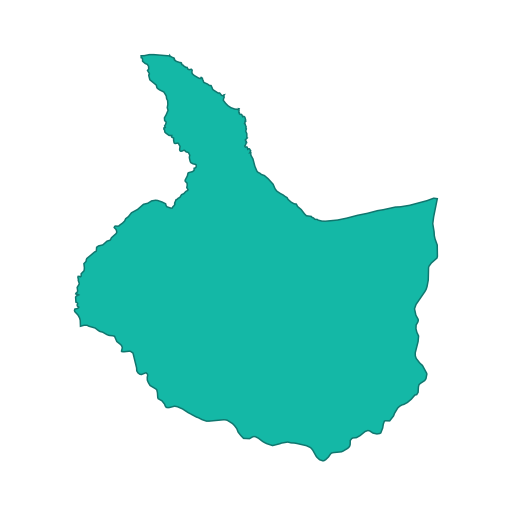 the district of Atabae, Bobonaro, East Timor, rotated 85°
{"feature_id": "22284137B39370724774054", "entity_name": "Atabae", "entity_type": "district", "adm_level": 2, "iso_a3": "TLS", "parent_name": "East Timor", "parent_adm1": "Bobonaro", "projection": "orthographic", "projection_center": [125.062, -8.829], "detail": "fine", "context": "isolated", "style": "filled", "palette": "teal", "viewbox_px": 512, "rotation_deg": 85, "n_neighbors": 0, "source": "geoboundaries", "source_scale": "gbopen_adm2", "svg_char_len": 6060}
<svg xmlns="http://www.w3.org/2000/svg" viewBox="0 0 512 512"><g transform="rotate(85 256 256)"><path d="M408.1,108.0L405.9,106.4L400.5,105.6L398.3,104.8L397.2,103.3L394.8,98.8L393.1,97.4L388.6,96.1L387.7,96.2L379.6,99.7L376.9,102.2L372.1,105.3L369.4,106.0L366.3,105.8L355.4,102.0L349.9,101.0L346.1,102.4L342.4,103.0L338.7,102.5L335.8,100.5L334.5,100.0L333.2,100.0L328.9,101.9L322.4,102.7L318.2,100.8L306.2,90.9L304.0,89.4L301.4,88.3L295.0,86.5L282.5,85.1L281.3,84.6L278.3,82.0L273.8,75.9L272.1,75.3L260.9,74.5L254.4,76.2L251.3,76.6L247.4,76.5L239.2,77.1L232.4,75.6L214.7,70.4L213.9,73.9L215.8,80.9L218.9,98.6L219.6,107.9L219.4,112.9L221.0,125.3L221.4,130.9L223.2,141.3L224.3,151.2L226.2,162.3L227.3,171.6L227.4,183.8L227.0,187.2L225.7,191.0L224.9,191.9L224.6,194.2L223.2,195.3L222.1,197.2L221.4,197.5L220.3,202.3L218.3,204.0L213.7,206.9L210.3,210.3L207.8,211.3L207.3,213.5L205.5,216.2L202.5,219.1L200.5,220.0L199.2,221.9L197.6,223.6L195.8,226.4L193.2,229.6L190.6,231.2L186.0,232.7L180.2,237.1L176.6,240.6L175.2,243.6L173.9,244.9L172.9,246.6L171.8,247.6L166.6,249.3L159.0,250.6L155.2,252.3L153.0,252.3L152.8,253.0L152.5,252.4L152.1,252.9L150.8,252.1L148.7,253.2L148.5,254.0L149.0,254.9L146.8,255.3L146.5,256.0L146.6,257.1L145.6,257.6L145.1,257.5L144.7,256.9L142.7,256.0L142.4,255.5L141.9,256.0L140.9,255.6L140.5,256.2L139.4,256.5L137.6,254.4L137.3,254.8L133.3,254.5L130.7,255.4L128.5,254.5L127.8,254.9L126.3,254.6L124.9,255.1L123.5,255.3L123.1,255.9L121.7,255.3L121.0,254.5L120.6,254.5L120.5,255.0L119.4,254.5L116.8,255.0L116.1,255.6L115.8,256.2L116.1,257.1L113.9,257.9L113.6,258.3L113.5,259.5L112.9,260.1L111.9,260.1L111.8,260.5L111.4,260.6L109.5,260.2L108.4,260.3L107.9,260.0L107.7,260.7L108.1,260.7L108.5,261.4L108.0,262.8L107.9,264.1L106.1,268.0L103.9,270.8L101.1,273.1L98.1,275.0L96.1,274.5L95.5,274.0L93.1,273.9L92.7,273.6L92.8,274.2L93.5,274.9L93.0,276.3L90.7,277.8L90.3,278.5L90.5,279.0L90.1,279.9L86.8,284.1L86.1,284.7L85.1,284.9L82.3,285.9L82.0,287.6L80.5,289.3L78.5,292.9L76.2,293.5L75.7,293.9L74.3,293.9L74.0,294.7L73.5,294.7L73.3,295.1L74.0,295.6L74.3,296.2L73.8,297.6L70.7,301.9L69.1,303.4L68.2,303.8L66.3,303.7L65.4,303.4L64.8,303.7L64.3,304.2L64.6,306.2L64.0,307.5L62.1,308.2L61.9,309.9L61.2,310.2L60.4,311.5L59.7,311.8L58.8,313.3L57.6,313.3L56.9,313.7L56.7,314.1L56.9,314.4L55.0,318.7L54.2,319.2L53.7,320.0L51.9,320.2L51.8,320.4L52.2,320.5L51.5,320.7L50.5,322.7L49.5,323.9L49.6,324.4L48.6,324.6L49.1,325.0L46.5,340.1L46.1,344.8L46.7,349.9L46.5,353.0L48.5,353.1L48.9,352.2L49.6,351.9L52.1,352.0L54.5,349.7L55.7,347.5L57.7,346.5L60.4,346.6L61.7,347.9L65.1,346.3L65.6,346.4L66.0,346.9L66.8,347.1L71.2,346.4L77.1,340.4L79.5,340.1L80.4,339.6L82.1,337.6L84.6,333.5L88.6,331.5L91.6,331.3L93.4,330.5L97.3,330.6L100.5,331.5L103.2,330.9L107.5,333.2L110.4,335.2L113.2,335.2L114.4,334.0L115.1,333.9L116.9,334.5L118.4,335.7L120.1,335.2L120.4,336.6L121.6,336.7L122.6,336.1L124.6,336.0L125.9,334.9L128.3,332.1L128.6,329.4L129.8,329.8L130.4,329.4L131.3,327.8L133.6,328.0L136.2,327.7L136.9,326.8L136.7,324.0L137.3,323.4L140.2,322.1L143.1,322.8L144.4,322.6L145.0,322.0L145.1,320.7L144.5,319.1L144.5,318.0L146.2,316.5L146.8,314.8L147.3,314.2L149.8,313.2L151.8,313.8L153.5,313.7L156.1,313.3L157.3,312.8L158.7,310.7L159.4,308.4L159.9,307.7L161.5,307.7L162.4,308.1L162.9,308.6L163.2,310.0L165.3,310.2L166.4,311.9L167.1,315.8L167.5,316.5L170.2,317.4L174.3,320.0L175.4,320.0L177.5,318.3L179.8,318.4L181.8,319.0L184.1,317.9L184.8,318.5L185.6,320.3L187.6,322.5L188.4,324.8L190.9,326.7L191.8,328.7L192.6,329.4L192.9,330.7L196.3,332.5L197.1,332.2L198.7,333.2L199.5,334.3L201.0,335.4L200.9,336.6L199.2,340.5L197.9,341.2L196.1,341.5L194.0,344.9L192.1,349.2L191.7,351.2L192.0,355.2L194.0,359.1L194.7,363.6L199.3,369.9L202.1,376.3L205.7,379.7L207.5,382.6L209.7,383.8L211.6,386.1L213.3,389.0L214.1,390.0L214.3,390.8L213.9,393.5L214.2,394.2L215.3,394.8L217.4,393.1L218.7,392.8L220.1,392.6L221.4,393.3L225.2,398.4L227.5,399.8L228.2,403.1L231.6,407.7L232.2,411.9L233.4,414.0L236.9,414.6L237.5,415.1L237.9,416.4L243.7,424.7L244.7,425.3L246.6,425.8L248.6,428.1L252.9,428.0L255.6,428.5L258.4,431.7L260.7,431.9L261.4,432.6L260.8,434.1L260.8,435.0L262.0,435.3L263.5,435.0L264.8,435.2L267.8,434.5L268.6,434.6L271.7,436.9L275.3,436.7L276.5,437.3L277.3,438.5L278.0,438.9L278.5,438.1L278.5,437.2L279.3,436.0L280.2,438.4L281.2,439.3L286.3,439.4L286.7,438.5L287.6,437.8L288.4,437.9L289.2,438.5L290.5,438.2L291.1,437.2L291.9,437.1L292.8,438.7L293.1,441.1L294.5,441.6L295.7,441.3L299.3,438.5L302.2,437.2L304.7,436.7L310.7,437.0L310.0,433.3L310.3,430.3L311.4,428.6L313.7,422.6L316.7,419.3L317.6,418.0L318.5,415.4L321.3,411.4L322.3,409.3L323.0,405.5L323.7,403.9L329.1,402.1L332.2,398.8L333.3,397.9L334.5,397.4L335.8,397.2L339.1,398.3L339.6,397.9L339.9,395.9L339.8,390.2L340.2,389.1L342.0,387.0L357.1,384.7L360.0,384.8L362.2,383.7L363.6,382.1L364.1,380.6L362.7,375.8L363.9,374.6L364.8,374.3L365.9,374.4L367.2,374.9L370.1,375.1L372.7,374.3L375.8,372.8L379.6,367.5L380.7,366.5L383.7,366.1L388.4,366.2L389.6,365.9L392.1,362.3L395.6,360.0L397.5,359.5L399.0,358.6L399.4,356.9L399.4,355.5L398.5,350.2L399.3,347.4L401.9,342.6L406.0,337.4L411.3,329.3L412.0,327.6L414.3,324.0L416.2,319.7L416.4,317.0L416.3,302.7L416.5,301.0L417.1,299.0L420.9,294.0L423.1,292.2L426.3,290.2L430.0,289.1L433.6,286.7L436.6,284.3L437.4,278.4L435.7,274.8L435.8,272.6L437.7,269.5L441.3,265.6L442.7,263.6L443.9,261.6L446.3,256.0L445.1,248.6L444.6,247.0L444.1,240.6L445.2,237.4L445.7,233.9L446.4,231.4L449.3,222.4L451.4,218.7L452.5,217.6L454.5,216.3L460.8,213.5L462.0,212.7L464.5,210.4L465.9,207.2L465.8,206.1L465.0,204.4L462.5,201.3L459.8,199.1L458.9,198.0L458.6,196.2L458.5,188.0L458.0,186.4L455.6,181.4L454.5,180.0L453.3,179.1L451.7,178.6L448.0,178.2L446.2,176.5L445.7,175.3L445.7,171.8L444.0,168.0L440.4,162.7L439.6,159.9L440.0,158.2L442.6,154.9L443.8,151.1L443.6,148.2L443.1,147.1L438.4,144.8L434.5,143.8L431.7,142.5L431.4,141.5L431.9,137.2L427.3,132.9L424.9,131.8L419.7,128.0L418.2,126.0L417.1,123.7L416.7,121.6L415.1,117.9L412.2,113.8L408.4,109.9L408.1,108.0Z" fill="#14b8a6" stroke="#0f766e" stroke-width="1.5"/></g></svg>